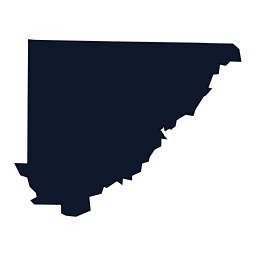 Cullman, Alabama, United States of America (Robinson projection)
{"feature_id": "52423323B47632571632654", "entity_name": "Cullman", "entity_type": "district", "adm_level": 2, "iso_a3": "USA", "parent_name": "United States of America", "parent_adm1": "Alabama", "projection": "robinson", "projection_center": [-86.753, 34.086], "detail": "fine", "context": "isolated", "style": "filled", "palette": "ink", "viewbox_px": 256, "rotation_deg": 0, "n_neighbors": 0, "source": "geoboundaries", "source_scale": "gbopen_adm2", "svg_char_len": 1374}
<svg xmlns="http://www.w3.org/2000/svg" viewBox="0 0 256 256"><path d="M15.4,163.8L20.8,174.7L27.8,176.9L30.3,186.3L36.5,192.5L37.6,197.4L31.5,200.5L34.4,203.7L61.8,204.1L61.9,212.9L66.0,214.9L75.9,216.0L89.9,210.1L88.5,196.3L100.9,193.1L103.5,185.8L106.7,187.2L117.0,180.3L121.8,183.8L122.2,177.6L131.3,179.6L131.4,175.3L140.3,171.2L141.6,162.8L148.0,161.1L149.1,156.6L154.3,148.9L160.5,145.9L160.7,137.8L165.7,138.4L164.0,136.6L163.6,136.1L163.3,135.2L163.2,134.9L162.6,134.1L162.0,133.3L161.4,132.2L160.8,131.3L160.3,131.0L159.7,130.4L159.5,130.2L159.6,129.7L160.2,129.2L161.6,128.4L162.5,127.6L162.8,127.1L163.2,126.2L163.4,125.5L163.8,125.4L164.4,125.5L164.7,125.5L164.9,125.8L165.0,126.2L165.0,126.8L164.6,127.6L164.6,127.9L164.9,128.8L165.0,130.0L165.1,130.3L165.3,130.5L165.7,130.4L166.5,129.4L167.1,129.1L168.3,128.6L168.9,128.3L169.4,127.4L169.6,127.1L169.8,127.1L170.2,127.3L170.4,127.5L170.6,128.1L170.5,128.6L170.7,128.8L171.0,128.9L171.4,128.6L171.7,128.2L172.5,127.6L173.8,126.7L174.3,126.5L174.9,125.8L176.0,119.8L185.5,114.0L192.9,115.2L195.0,108.9L203.6,95.5L204.9,95.4L210.9,88.9L207.5,88.2L212.8,73.9L218.0,73.4L219.4,63.8L225.6,65.0L230.0,60.7L240.6,61.1L238.6,49.5L232.7,44.3L209.5,43.9L199.0,43.5L124.0,42.3L116.3,42.2L34.6,40.6L28.7,40.0L28.8,45.6L28.6,73.0L28.4,94.6L28.0,164.2L15.4,163.8Z" fill="#0f172a" stroke="#020617" stroke-width="1.5"/></svg>